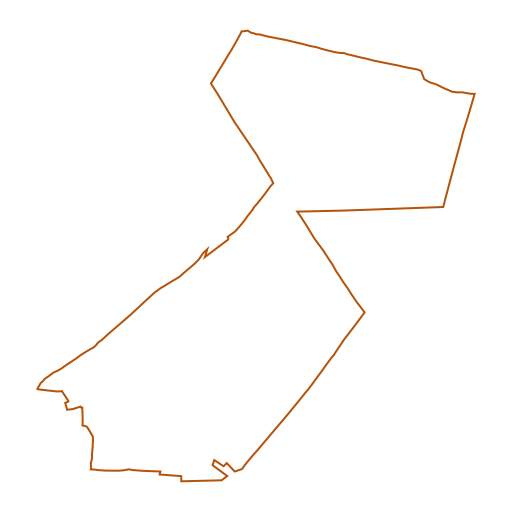 outline of Ghercesti, Dolj, Romania
{"feature_id": "2599482B76093659633091", "entity_name": "Ghercesti", "entity_type": "district", "adm_level": 2, "iso_a3": "ROU", "parent_name": "Romania", "parent_adm1": "Dolj", "projection": "natural_earth1", "projection_center": [23.894, 44.373], "detail": "fine", "context": "isolated", "style": "outline", "palette": "amber", "viewbox_px": 512, "rotation_deg": 0, "n_neighbors": 0, "source": "geoboundaries", "source_scale": "gbopen_adm2", "svg_char_len": 3934}
<svg xmlns="http://www.w3.org/2000/svg" viewBox="0 0 512 512"><path d="M239.0,470.1L242.1,469.0L244.8,465.1L250.0,458.7L252.9,455.3L257.2,450.5L277.0,427.1L286.5,415.9L299.4,400.2L299.8,399.7L301.1,398.0L302.1,396.8L304.8,393.4L308.2,389.4L309.5,387.7L313.9,381.8L317.9,376.3L322.3,370.4L324.5,367.2L329.1,360.9L331.5,357.7L333.8,355.1L335.4,352.5L344.3,339.2L349.2,332.9L355.0,325.3L362.1,315.8L364.6,312.4L362.1,309.0L358.6,304.5L356.4,301.6L352.3,295.6L351.0,293.6L347.9,288.6L346.8,287.2L346.5,286.9L345.4,285.1L343.0,281.7L338.3,274.3L336.5,271.8L334.1,267.6L333.0,265.5L331.8,263.5L329.7,260.5L325.3,253.7L324.3,252.1L323.5,250.8L321.6,248.4L320.7,247.0L318.2,243.7L314.5,238.7L311.8,234.3L306.9,226.1L300.3,216.0L298.0,212.7L297.2,211.6L302.6,211.5L342.9,210.6L443.2,207.0L446.1,195.9L453.3,168.8L461.6,138.3L463.0,132.4L467.0,119.7L467.9,116.9L472.4,101.6L473.8,96.8L474.2,95.4L474.6,93.9L471.8,93.9L468.2,93.4L462.2,92.3L456.6,92.3L451.7,91.6L448.7,90.2L446.5,89.3L442.1,87.3L440.0,86.2L436.7,84.6L433.9,83.6L431.3,82.9L428.8,81.9L427.3,81.0L425.5,79.9L424.7,79.4L424.1,78.9L423.9,78.5L423.7,78.0L423.4,76.8L422.6,75.0L421.8,72.7L421.5,71.9L421.3,71.2L420.8,70.8L418.5,69.9L416.1,69.2L413.8,68.8L407.9,67.7L404.0,66.9L398.6,65.6L382.4,62.4L373.7,60.6L365.7,58.5L362.2,57.8L358.1,56.9L353.5,55.7L350.4,54.9L347.7,54.4L345.7,53.7L344.1,53.1L341.8,53.0L339.4,52.9L336.4,52.4L334.6,52.1L333.3,51.8L332.4,51.6L331.5,51.3L330.3,51.0L328.8,50.7L327.8,50.5L321.6,48.8L316.5,47.2L309.6,45.9L303.1,44.1L286.7,40.2L267.7,36.5L264.2,35.6L259.9,34.5L258.7,34.4L256.5,34.3L254.8,33.7L253.6,33.2L251.4,32.9L249.4,31.7L247.9,30.7L247.5,30.7L247.1,30.7L246.3,30.9L245.1,31.0L243.9,31.2L242.4,31.4L241.6,31.3L240.6,33.6L237.2,39.8L234.4,44.8L232.2,48.7L228.4,54.8L214.8,77.3L210.9,83.5L216.7,92.5L220.3,98.4L234.5,122.1L257.0,155.3L259.7,160.2L269.4,175.9L271.1,178.7L273.2,183.2L270.4,186.3L268.1,189.4L267.8,189.9L265.4,193.3L257.1,203.8L254.7,206.5L253.8,207.4L253.0,209.2L249.1,214.2L247.6,216.0L244.4,220.5L240.5,225.4L236.9,229.5L235.6,231.0L234.3,232.1L232.3,233.5L228.0,236.6L227.6,236.9L227.8,237.2L228.2,237.5L228.2,238.0L228.3,238.6L228.3,239.1L228.1,239.6L204.9,257.1L207.3,249.2L205.4,251.0L204.0,252.2L201.9,254.9L198.7,259.6L194.2,264.1L184.4,272.4L179.6,276.7L166.5,284.6L164.2,286.1L161.7,287.5L160.1,288.5L158.5,289.7L156.6,291.1L154.4,292.7L153.0,294.0L151.2,295.6L147.9,298.6L137.5,308.3L130.4,314.9L107.0,335.1L104.1,337.9L103.4,338.5L101.7,340.0L100.0,341.2L98.4,342.3L98.1,342.5L97.3,343.5L96.3,344.9L95.4,345.9L94.3,346.8L92.9,347.8L90.1,349.3L85.4,352.1L80.7,355.1L78.4,356.8L75.8,358.7L71.2,361.8L66.3,365.0L63.2,367.2L62.2,368.0L61.6,368.4L61.1,368.7L59.9,369.4L57.7,370.7L55.2,371.8L53.9,372.4L52.8,373.0L51.1,374.3L48.7,376.2L46.8,377.4L44.8,378.8L42.9,381.1L40.8,382.9L39.0,385.9L38.3,387.2L37.8,388.2L37.4,389.1L37.6,389.2L42.8,389.9L51.7,390.9L56.2,391.4L59.6,391.4L61.9,391.1L68.2,400.7L68.4,401.5L65.2,402.9L66.1,406.0L66.9,408.9L67.1,409.8L68.0,409.6L70.4,409.4L73.1,409.0L73.8,408.8L75.5,408.2L80.5,406.6L81.0,407.5L82.3,407.6L82.3,408.1L82.5,412.8L82.7,421.4L82.6,423.2L82.5,424.5L82.5,425.5L83.9,425.7L85.5,426.2L86.4,426.5L87.1,427.0L87.8,428.1L88.7,429.6L90.1,431.9L91.7,434.7L92.7,436.3L92.9,437.2L92.9,437.9L92.9,439.0L93.0,440.6L92.8,442.4L92.7,445.2L92.7,446.2L92.7,446.4L92.8,446.5L92.6,447.4L92.4,450.0L92.3,451.0L92.2,452.3L92.1,453.3L91.9,454.4L92.0,454.9L92.0,455.8L92.0,457.1L92.0,458.1L91.9,458.7L91.7,459.5L91.6,460.3L91.3,461.3L91.2,461.7L91.1,462.4L90.8,463.0L90.7,463.3L90.7,463.5L90.9,463.8L90.9,465.2L91.0,469.2L90.9,469.4L92.3,469.4L93.9,469.6L95.7,469.7L98.1,470.1L105.5,470.6L118.9,470.7L123.7,470.3L129.1,469.3L132.7,470.1L135.4,470.2L135.9,470.3L142.2,470.8L149.4,471.1L158.0,471.4L160.4,471.5L159.6,474.5L181.2,476.1L181.3,481.3L221.6,480.3L227.2,476.0L212.6,465.2L214.3,460.1L223.6,466.3L226.7,463.1L234.7,471.5L239.0,470.1Z" fill="none" stroke="#b45309" stroke-width="2"/></svg>